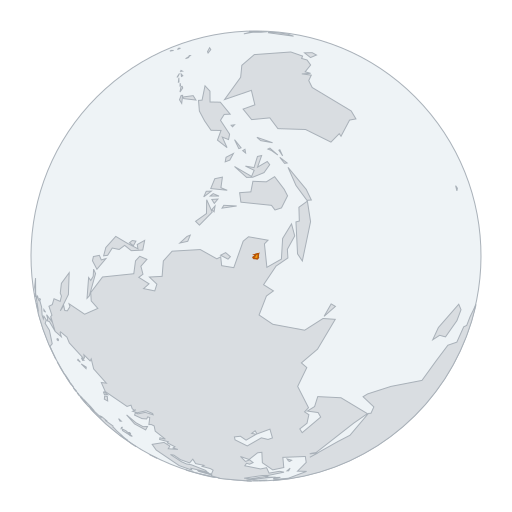 Siemréab highlighted on a globe, orthographic projection, rotated 228°
{"feature_id": "KHM-1781", "entity_name": "Siemréab", "entity_type": "Province", "adm_level": 1, "iso_a3": "KHM", "parent_name": "Cambodia", "parent_adm1": "", "projection": "orthographic", "projection_center": [104.194, 13.577], "detail": "fine", "context": "on_globe", "style": "filled", "palette": "amber", "viewbox_px": 512, "rotation_deg": 228, "n_neighbors": 0, "source": "natural_earth", "source_scale": "10m", "svg_char_len": 10283}
<svg xmlns="http://www.w3.org/2000/svg" viewBox="0 0 512 512"><g transform="rotate(228 256 256)"><circle cx="256" cy="256" r="225" fill="#eef3f6" stroke="#a8b0b8"/><path d="M465.9,329.1L465.5,330.6L465.3,330.8L465.9,329.1ZM358.9,55.6L359.8,56.4L368.0,61.4L360.5,57.3L381.0,70.7L387.1,77.4L375.6,67.2L370.9,64.3L372.9,67.1L368.5,64.9L366.9,65.2L361.5,62.5L355.2,57.5L351.6,55.9L353.2,58.1L348.7,57.3L347.0,54.2L339.1,52.8L327.1,45.8L326.7,42.4L315.6,38.8L313.3,38.1L328.9,42.8L344.1,48.7L358.9,55.6ZM374.9,65.9L373.3,64.4L376.3,66.7L374.9,65.9ZM367.6,65.7L369.5,67.0L367.9,66.7L367.6,65.7ZM358.1,62.5L355.0,62.0L357.1,61.6L358.1,62.5ZM352.5,61.1L344.9,60.5L348.4,63.0L334.4,56.3L345.4,58.6L347.5,57.5L349.0,59.4L352.5,61.1ZM305.1,36.1L297.0,34.5L295.3,34.2L305.1,36.1ZM327.9,52.9L325.1,52.3L326.8,52.1L327.9,52.9ZM310.2,37.3L309.8,37.3L303.1,35.9L302.1,35.8L296.9,34.5L310.2,37.3ZM292.6,33.8L289.9,33.4L294.4,34.2L289.6,33.6L287.0,32.9L286.1,32.9L284.6,32.8L284.2,32.5L292.6,33.8ZM273.3,31.4L273.9,31.5L270.0,31.2L273.3,31.4ZM279.9,32.0L280.0,32.1L276.0,31.7L276.7,31.7L278.4,31.8L279.9,32.0ZM287.2,33.5L295.3,34.6L295.6,34.8L287.2,33.5ZM271.5,31.4L272.7,31.5L270.8,31.3L271.5,31.4ZM282.2,32.7L285.0,33.0L285.3,33.1L282.2,32.7ZM272.9,31.7L271.3,31.5L273.4,31.6L272.9,31.7ZM277.0,32.1L276.7,32.3L275.1,31.7L278.3,32.2L277.0,32.1ZM282.0,32.8L283.1,33.0L280.8,32.7L282.0,32.8ZM265.8,31.9L263.2,31.2L267.9,31.2L269.7,31.8L265.8,31.9ZM77.7,118.3L77.5,119.7L76.1,122.2L69.2,131.3L62.1,149.5L68.3,142.9L69.0,155.2L74.0,158.5L88.4,141.2L80.2,135.1L85.9,125.3L98.1,122.4L106.2,129.0L108.7,125.5L109.4,114.7L117.4,110.3L110.4,110.7L108.7,114.9L104.4,115.6L105.6,111.9L108.3,110.3L107.6,107.3L94.7,116.9L91.6,122.2L85.9,120.4L80.3,129.4L76.6,132.2L84.8,118.2L88.6,113.9L98.8,98.5L94.3,102.6L84.3,117.8L84.7,115.8L78.5,122.6L83.6,116.0L95.6,99.4L94.5,99.0L91.5,102.1L112.9,82.0L116.2,79.3L115.2,80.4L122.6,75.7L122.8,76.6L134.3,69.3L136.0,69.1L128.7,73.2L123.8,77.1L125.5,80.8L128.4,79.9L135.7,75.2L135.2,77.3L142.1,72.2L147.3,73.1L146.7,68.2L155.2,63.6L163.0,61.7L165.7,59.6L153.1,62.9L148.1,65.1L144.0,68.3L130.4,75.1L128.0,75.2L141.8,65.6L139.9,65.0L151.5,58.7L178.6,52.0L185.5,52.8L179.0,62.9L172.4,64.8L171.5,61.8L164.5,68.5L168.8,66.0L168.5,68.1L176.5,65.1L176.7,66.5L184.2,61.6L185.2,63.0L180.5,66.1L193.3,63.9L197.8,66.6L200.7,65.5L202.4,63.6L207.0,68.9L208.9,67.9L208.1,65.7L211.4,62.5L219.0,59.3L220.2,61.3L217.6,62.7L213.9,69.1L206.8,73.3L208.1,73.8L214.5,70.8L219.0,62.8L223.2,60.4L222.0,63.9L222.8,62.4L225.3,61.8L228.8,63.3L230.5,59.5L256.1,53.3L265.5,56.4L261.6,59.7L280.7,59.8L289.8,64.7L289.0,62.5L297.7,62.0L295.0,60.3L295.3,59.3L316.3,59.1L322.2,61.2L330.4,60.0L330.1,59.1L326.2,57.3L334.4,56.3L348.4,63.0L348.5,64.7L357.2,68.5L356.2,72.1L359.4,77.3L353.3,80.1L356.4,84.6L359.4,85.7L365.9,93.1L368.6,106.0L352.9,90.8L346.2,73.8L347.8,79.9L343.4,77.4L341.5,79.1L342.9,83.9L345.6,85.1L327.4,89.7L322.9,103.4L332.9,103.5L339.4,108.7L343.1,127.9L324.6,153.3L333.0,163.2L333.6,169.4L326.5,172.7L325.4,163.6L318.1,159.8L318.6,154.6L306.9,157.9L307.0,150.6L297.8,157.4L301.4,163.5L311.7,162.7L303.7,172.6L314.3,183.8L315.7,196.9L298.1,218.9L280.1,225.0L279.0,229.2L271.8,224.0L262.2,231.7L275.6,256.4L275.3,263.3L259.7,275.5L259.4,270.4L240.3,256.5L236.7,272.8L251.2,287.5L256.1,303.9L245.0,298.2L240.0,283.8L233.2,278.4L235.1,264.2L229.6,242.4L218.4,245.6L219.3,237.0L210.1,218.8L194.0,222.8L168.3,242.5L164.7,264.0L155.9,272.5L145.6,239.4L146.2,218.2L139.1,219.1L131.2,199.7L108.1,193.5L107.7,187.8L102.7,189.1L97.6,182.0L98.2,172.8L93.8,172.1L93.0,196.3L98.1,197.4L106.4,190.4L104.9,198.8L110.2,207.8L93.8,224.3L64.3,233.3L66.4,216.9L69.7,169.3L72.4,165.0L72.6,164.5L73.0,163.5L68.2,170.2L70.4,161.3L63.3,192.9L59.9,205.9L63.8,234.2L62.2,236.2L65.0,242.6L79.8,241.4L78.8,246.7L68.8,269.0L52.5,296.1L57.6,319.9L61.3,338.9L57.6,347.6L64.4,363.0L63.4,366.1L67.6,374.4L70.5,381.6L72.9,387.1L71.8,385.8L63.1,372.4L55.4,358.5L48.7,344.1L43.0,329.3L38.3,314.0L34.8,298.5L32.3,282.8L31.0,267.0L30.8,251.0L31.7,235.2L33.7,219.4L36.9,203.8L41.1,188.4L46.4,173.4L52.7,158.9L60.1,144.7L68.4,131.2L77.7,118.3ZM109.8,146.5L118.0,150.5L123.1,137.7L126.7,138.4L127.1,134.1L123.4,136.8L125.8,125.4L132.5,123.8L136.0,118.9L133.4,117.4L120.7,122.4L117.3,138.3L111.6,142.2L109.8,146.5ZM122.1,74.8L126.9,71.4L129.4,69.7L143.2,61.0L144.0,60.9L141.2,62.3L140.3,63.1L135.7,65.7L122.8,74.8L118.6,77.8L119.5,76.8L122.1,74.8ZM179.7,44.0L177.1,45.1L172.2,47.0L171.9,47.0L179.7,44.0ZM250.0,30.8L252.1,30.8L248.3,30.9L254.0,30.8L248.7,31.2L250.8,31.3L247.6,32.1L239.0,32.8L242.0,32.9L239.7,33.9L232.6,34.9L234.8,33.9L225.4,36.0L224.2,35.1L223.2,35.5L219.5,35.5L213.3,36.2L213.8,35.8L211.1,36.3L208.6,36.6L205.2,37.3L204.8,36.9L200.6,37.9L202.8,37.2L195.6,39.1L200.8,37.6L198.1,38.3L194.5,39.4L195.5,39.0L213.4,34.8L231.6,32.0L250.0,30.8ZM263.0,30.8L268.5,31.1L266.4,31.0L266.2,31.1L263.7,30.9L265.6,31.1L262.7,31.1L263.4,31.4L259.9,31.3L264.6,32.0L254.6,32.3L249.0,32.2L256.8,31.0L255.7,30.9L260.0,30.8L263.0,30.8ZM78.9,119.6L78.6,120.7L79.1,121.4L75.2,126.0L78.9,119.6ZM86.8,108.3L87.2,108.3L81.9,114.4L82.2,113.6L86.8,108.3ZM91.8,103.4L87.6,107.8L90.1,104.9L91.8,103.4ZM129.5,73.2L130.5,73.3L128.8,74.5L126.2,75.9L129.5,73.2ZM204.7,43.4L206.8,42.2L208.1,42.1L215.6,40.0L217.1,40.8L213.2,42.4L204.7,43.4ZM84.4,143.3L80.4,145.8L80.8,143.5L82.1,143.0L84.4,143.3ZM75.6,135.3L75.5,139.4L74.5,136.5L75.6,135.3ZM207.5,43.9L210.4,42.8L209.4,44.0L207.5,43.9ZM218.6,41.3L218.1,42.4L218.2,40.6L218.6,41.3ZM170.0,448.9L174.7,451.4L171.6,451.0L170.0,448.9ZM80.8,343.7L84.5,374.4L78.9,372.4L73.5,362.0L69.1,342.7L74.2,339.4L75.5,331.3L80.8,343.7ZM312.6,342.8L319.3,343.8L319.0,344.8L312.6,342.8ZM305.7,339.2L313.4,339.7L304.3,341.4L305.7,339.2ZM316.4,339.8L324.2,338.0L327.5,336.4L326.9,338.5L316.4,339.8ZM300.5,339.1L271.9,337.9L260.6,334.6L263.3,331.1L281.6,332.9L300.5,339.1ZM262.4,330.9L245.0,319.5L221.3,287.1L229.8,288.3L254.6,308.5L253.0,311.6L263.5,320.5L262.4,330.9ZM304.2,313.3L302.5,322.9L286.8,321.6L279.6,319.7L274.7,307.1L277.5,300.9L283.3,301.4L306.1,280.8L314.0,286.2L307.1,295.1L313.6,303.7L304.2,313.3ZM165.6,266.2L170.1,279.8L165.4,281.3L165.6,266.2ZM315.2,266.0L306.1,275.1L314.3,262.8L315.2,266.0ZM320.0,254.3L320.6,259.1L316.9,254.4L320.0,254.3ZM278.8,235.7L272.6,236.5L272.4,233.1L280.3,230.2L278.8,235.7ZM316.6,208.1L316.7,217.8L315.5,221.1L312.6,215.1L316.6,208.1ZM224.5,53.5L212.4,55.2L204.7,57.9L201.9,61.3L200.6,57.6L212.5,53.4L224.5,53.5ZM252.1,52.9L254.5,50.6L256.9,51.6L256.7,52.3L252.1,52.9ZM251.1,51.5L247.5,48.8L251.1,47.5L253.2,49.8L251.1,51.5ZM227.1,45.1L223.4,45.4L224.3,44.4L227.1,45.1ZM413.6,414.6L413.9,415.3L407.5,421.5L399.7,428.0L394.2,431.0L413.6,414.6ZM364.9,435.4L367.0,429.3L374.5,428.0L369.5,433.8L364.9,435.4ZM418.9,409.5L424.7,403.0L429.2,395.6L425.8,402.0L427.6,401.2L415.1,414.5L418.9,409.5ZM343.6,410.5L300.1,423.8L291.0,422.0L294.4,416.5L288.1,399.3L291.2,399.7L290.5,387.9L316.8,377.5L336.0,357.5L349.4,358.7L360.3,344.0L373.8,344.7L369.1,356.3L382.2,363.4L393.3,337.3L399.1,364.2L407.2,373.1L406.8,389.5L384.3,418.4L373.4,424.4L372.3,422.1L367.5,425.1L361.4,424.4L360.0,415.8L355.2,418.8L360.7,411.9L353.4,418.1L351.1,412.6L343.6,410.5ZM438.9,356.2L440.3,356.7L441.8,360.9L439.6,360.5L438.9,356.2ZM462.1,335.8L462.1,337.8L460.9,338.8L462.1,335.8ZM465.3,330.8L463.9,332.3L465.9,329.1L465.3,330.8ZM449.1,339.0L449.6,340.6L448.9,341.3L449.1,339.0ZM448.6,338.6L449.8,335.7L449.3,338.5L448.6,338.6ZM442.6,325.0L443.7,323.5L444.1,324.5L442.6,325.0ZM329.1,344.1L338.6,336.7L343.6,336.1L329.1,344.1ZM441.4,322.2L438.9,322.2L439.3,320.7L441.4,322.2ZM441.8,318.7L441.6,316.7L442.9,321.3L441.8,318.7ZM437.1,314.6L440.1,318.0L436.8,315.1L437.1,314.6ZM435.2,315.3L433.0,313.9L433.2,313.3L435.2,315.3ZM407.9,320.2L416.6,332.0L409.3,332.1L401.2,324.9L394.2,332.4L378.7,331.7L382.5,327.1L380.6,320.4L364.2,317.9L360.9,313.5L366.9,310.5L355.9,307.0L367.9,304.9L372.7,314.0L379.5,306.7L390.8,308.2L401.6,310.9L410.1,317.4L407.9,320.2ZM367.7,325.0L369.8,325.0L367.9,327.8L367.7,325.0ZM428.7,309.2L431.9,313.4L431.5,314.6L429.9,314.0L428.7,309.2ZM412.1,315.7L421.2,307.7L423.3,307.7L417.2,316.6L412.1,315.7ZM419.1,302.9L423.3,303.7L425.4,307.8L424.5,309.0L419.1,302.9ZM343.2,316.6L342.7,319.2L339.5,317.2L343.2,316.6ZM347.3,315.1L356.8,317.9L346.4,317.3L347.3,315.1ZM318.1,305.9L320.9,312.0L329.9,308.3L323.0,313.7L329.0,323.7L326.9,327.4L321.0,316.6L318.7,327.6L314.7,327.3L312.6,317.8L316.7,306.3L320.7,301.6L336.9,299.9L318.1,305.9ZM347.3,307.8L344.8,300.7L346.6,296.1L349.4,299.8L347.3,307.8ZM337.1,283.8L330.2,275.6L324.1,278.6L336.4,267.5L341.0,277.1L337.1,283.8ZM331.0,265.9L325.3,268.6L331.2,262.1L331.0,265.9ZM323.8,265.8L323.0,260.2L327.6,261.0L323.8,265.8ZM334.1,266.2L334.9,256.7L337.4,262.3L334.1,266.2ZM320.7,247.6L330.8,257.0L317.9,252.8L316.8,234.6L322.2,234.3L320.7,247.6ZM347.4,176.7L345.7,171.8L350.5,170.8L350.3,174.4L347.4,176.7ZM364.4,164.9L351.2,169.0L340.3,173.1L344.0,175.4L342.1,183.7L336.2,175.8L343.4,166.9L351.8,165.5L352.4,158.7L358.1,154.5L355.8,146.2L358.1,142.9L362.8,150.1L364.4,164.9ZM354.5,142.8L352.6,128.9L361.9,131.3L364.4,134.8L361.3,140.0L356.6,138.4L354.5,142.8ZM354.9,126.5L350.3,125.0L337.9,105.5L337.6,102.1L352.0,117.2L348.4,116.8L349.8,121.4L354.9,126.5ZM326.3,53.4L325.2,52.4L327.7,53.4L326.3,53.4ZM293.6,58.5L294.4,57.3L297.3,58.1L293.6,58.5ZM298.3,54.6L294.5,54.4L298.1,53.8L298.3,54.6ZM286.0,54.3L292.8,53.9L287.0,55.5L286.0,54.3Z" fill="#d9dde1" stroke="#a8b0b8" stroke-width="1"/><path d="M255.9,252.7L256.0,252.7L256.0,252.8L256.3,252.8L256.5,252.9L256.9,252.9L257.0,252.9L257.0,253.0L257.0,253.3L256.9,253.3L257.1,253.5L257.0,253.8L257.0,254.0L256.8,254.5L256.6,254.9L256.7,255.0L256.8,255.0L256.9,255.3L256.9,255.5L256.8,255.8L257.0,255.9L257.3,256.0L257.6,256.1L257.8,256.0L257.5,256.5L257.4,257.2L257.4,257.3L257.1,257.4L257.1,257.5L257.1,257.8L257.0,258.0L256.9,258.0L256.8,258.3L256.8,258.5L256.7,258.6L256.5,258.8L256.4,258.8L256.1,259.0L256.0,259.3L255.9,259.1L254.5,257.7L254.3,257.4L254.2,257.2L253.7,256.9L253.4,256.8L253.3,256.7L253.2,256.7L253.0,255.7L253.1,255.4L253.0,255.2L253.0,254.9L253.2,254.7L253.3,254.7L253.5,254.7L253.8,254.5L254.0,254.4L254.5,253.8L255.0,253.6L255.5,253.4L255.5,253.2L255.4,253.1L255.4,252.9L255.5,252.9L255.8,252.9L255.9,252.7Z" fill="#f59e0b" stroke="#b45309" stroke-width="1.5"/></g></svg>